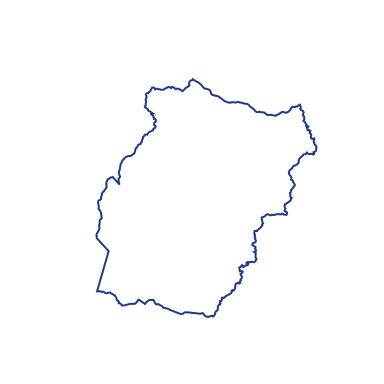 outline of Figueirão, Mato Grosso do Sul, Brazil, rotated 133°
{"feature_id": "56859067B26103695718582", "entity_name": "Figueirão", "entity_type": "district", "adm_level": 2, "iso_a3": "BRA", "parent_name": "Brazil", "parent_adm1": "Mato Grosso do Sul", "projection": "robinson", "projection_center": [-53.923, -18.769], "detail": "fine", "context": "isolated", "style": "outline", "palette": "blue", "viewbox_px": 384, "rotation_deg": 133, "n_neighbors": 0, "source": "geoboundaries", "source_scale": "gbopen_adm2", "svg_char_len": 5999}
<svg xmlns="http://www.w3.org/2000/svg" viewBox="0 0 384 384"><g transform="rotate(133 192 192)"><path d="M136.8,115.6L136.0,115.0L131.3,114.2L130.3,114.4L129.4,115.0L128.3,115.1L128.5,116.2L128.2,117.2L127.0,117.9L126.0,119.7L124.9,119.7L124.0,120.1L123.1,120.9L120.9,120.8L119.8,121.2L117.4,121.2L116.5,121.9L115.8,124.7L115.1,125.9L114.9,126.9L115.4,127.9L113.8,129.0L113.2,130.0L112.9,132.5L112.4,133.5L111.0,135.1L108.8,135.4L106.8,134.9L104.7,135.5L103.3,135.4L102.2,134.6L98.8,133.8L97.9,134.0L96.0,135.6L94.9,136.1L90.5,136.1L89.5,135.8L88.4,136.0L86.6,134.7L84.8,134.9L84.9,133.9L84.3,131.9L82.1,130.3L81.9,128.8L80.8,128.6L80.2,129.4L79.9,130.2L78.2,129.5L77.0,129.5L75.8,130.6L74.9,131.0L73.5,133.1L73.5,134.8L73.0,136.0L72.0,137.5L70.0,138.4L69.5,139.2L70.2,139.9L71.0,140.1L71.5,141.3L70.9,142.6L69.0,143.6L68.5,144.5L68.7,145.6L68.4,146.5L66.5,147.1L66.6,148.2L67.7,149.3L67.8,150.2L66.9,151.0L64.8,151.5L65.2,152.4L66.2,152.7L65.7,153.8L64.7,154.1L63.8,157.6L64.1,158.9L61.9,159.7L60.8,160.9L60.2,162.2L60.1,163.4L59.2,164.0L58.5,164.1L57.6,164.7L57.1,165.7L57.1,166.8L57.6,167.9L57.7,168.9L57.3,169.6L56.5,169.6L55.7,170.4L54.6,172.7L55.9,173.2L57.6,173.3L58.7,174.5L59.8,174.7L61.1,176.5L62.0,176.8L63.3,176.7L64.2,176.1L67.2,176.3L68.3,176.4L69.0,177.0L69.9,177.2L71.6,180.4L72.3,181.0L73.2,180.8L74.3,181.4L75.9,181.6L78.0,182.7L78.8,182.5L80.0,184.0L81.8,187.1L83.9,188.7L84.6,191.6L84.6,193.4L86.8,196.2L87.5,197.7L88.6,198.2L89.4,199.0L89.7,200.8L89.3,203.8L89.9,208.4L89.6,210.0L89.9,211.5L91.0,213.3L91.8,214.2L92.6,216.4L93.9,217.9L94.5,219.5L97.0,221.3L98.9,223.9L100.6,224.9L102.1,226.9L102.3,227.8L103.2,229.8L103.9,236.5L104.5,238.9L105.3,239.9L107.1,243.5L107.1,244.8L105.6,247.5L105.4,248.8L106.3,251.2L107.7,253.4L107.9,254.9L107.3,258.2L107.5,261.1L107.6,262.3L108.2,263.9L109.0,268.3L109.7,268.0L111.3,268.9L112.4,269.1L113.5,268.9L115.3,267.5L115.7,266.6L117.9,266.8L120.0,267.5L124.7,267.7L125.0,268.7L124.9,269.6L125.4,270.6L125.4,271.9L126.1,272.9L127.1,273.7L127.9,274.0L127.9,276.3L128.4,277.6L129.2,278.5L130.1,278.1L131.1,280.6L131.7,281.2L133.6,281.7L134.6,282.2L135.8,282.2L137.0,283.0L138.7,284.8L138.9,285.8L139.6,286.4L140.7,288.5L142.1,288.9L141.6,290.2L141.8,291.4L142.8,292.4L144.0,292.0L145.3,292.0L146.2,291.3L148.2,291.6L149.1,291.4L150.8,292.4L151.7,292.3L152.5,291.8L153.0,290.7L154.3,289.3L155.1,289.4L156.0,288.9L156.8,288.1L157.2,287.1L158.6,286.4L160.4,284.8L161.6,284.9L162.1,284.0L161.6,280.8L162.4,279.0L161.8,277.6L161.3,274.6L162.0,275.4L162.9,275.1L162.7,272.8L162.9,272.0L163.6,271.2L163.8,270.3L164.5,269.7L163.9,268.8L163.8,268.0L165.2,266.5L166.3,266.8L168.5,266.1L168.8,264.8L168.6,263.6L169.3,263.0L170.4,262.8L172.2,263.3L173.2,262.6L175.9,263.5L177.0,264.1L179.5,264.2L180.6,263.8L181.2,264.8L182.3,265.5L183.7,265.2L185.2,265.4L186.4,264.4L187.6,264.2L189.1,263.1L190.6,263.0L192.0,262.3L194.0,263.5L195.0,263.4L195.9,262.9L197.1,262.7L198.1,262.9L198.9,262.7L202.2,260.8L203.1,260.7L206.7,261.1L207.6,261.6L209.1,263.0L210.4,263.8L213.0,264.6L214.1,264.2L215.3,264.5L216.2,264.2L217.1,264.3L219.4,263.2L220.4,263.2L225.0,260.0L226.3,259.7L228.2,258.4L229.7,255.2L231.2,254.7L232.0,254.8L232.7,254.5L234.5,252.6L236.0,250.1L235.1,260.3L236.2,260.7L237.1,261.5L238.5,261.6L240.3,262.3L242.1,261.4L243.0,261.3L244.5,260.4L245.7,258.7L247.1,257.6L250.2,257.2L251.8,256.7L252.6,257.2L254.4,256.8L258.2,254.6L259.3,253.7L260.0,253.7L262.1,254.5L263.2,254.0L264.1,253.2L265.8,250.5L268.0,248.9L268.2,248.1L268.2,247.1L268.6,245.7L269.9,243.5L271.9,241.4L272.5,240.2L273.4,240.0L274.5,240.3L275.4,240.2L277.3,238.8L278.3,237.7L279.8,237.2L281.7,234.8L283.6,234.0L287.9,233.0L288.7,232.5L289.3,231.5L290.7,230.3L292.1,212.6L329.4,193.7L327.2,191.4L326.9,190.2L325.5,189.1L325.1,187.8L325.0,186.3L324.3,185.5L322.0,184.0L321.4,183.3L321.4,182.4L320.3,177.9L321.1,175.0L322.3,173.0L321.9,171.4L322.3,170.2L323.3,169.7L322.5,168.4L322.6,165.5L320.0,163.3L319.1,163.0L317.7,161.9L316.5,161.4L313.5,158.3L312.3,157.4L310.1,157.3L307.9,157.7L307.0,157.5L305.9,150.0L303.8,150.3L300.0,149.6L297.3,146.7L298.5,142.7L298.6,141.4L297.5,140.7L296.8,139.9L296.7,138.6L295.9,136.3L296.0,135.1L296.3,134.2L295.2,132.7L294.9,131.7L294.0,130.4L293.4,128.9L293.4,128.0L288.9,117.0L287.2,115.6L285.2,115.3L284.4,114.7L283.6,113.7L282.8,112.9L275.3,102.8L273.7,102.0L273.2,101.2L273.6,99.2L273.7,97.4L273.1,96.1L271.9,94.6L270.5,94.0L268.8,92.9L268.7,91.6L266.4,91.6L264.4,92.7L263.1,93.1L261.1,92.7L259.2,93.9L258.3,94.9L255.7,95.5L255.0,94.8L254.0,95.3L253.5,96.5L252.7,97.1L251.8,96.3L250.5,96.6L249.9,97.6L248.8,97.9L248.1,97.4L247.8,96.4L244.8,96.3L244.1,95.8L241.8,95.2L240.9,94.6L240.2,94.7L239.3,94.5L238.3,94.9L237.0,94.8L236.9,95.6L236.0,95.3L235.1,94.3L233.6,94.6L231.6,95.8L231.1,96.6L230.2,97.0L229.1,97.3L228.0,96.9L226.9,95.3L226.1,94.9L226.2,95.8L225.4,95.5L224.7,96.0L223.4,95.9L222.7,96.9L221.0,96.9L220.0,97.5L219.2,100.1L218.8,100.7L217.7,100.3L216.3,100.3L215.6,101.0L216.6,102.5L217.3,103.0L215.5,105.4L214.8,106.0L214.0,105.4L211.2,105.4L211.3,104.1L211.8,103.3L210.8,102.9L209.8,102.9L208.8,102.6L207.7,101.4L206.3,101.8L206.7,103.8L205.4,103.7L204.0,101.9L202.1,100.5L201.3,99.2L199.5,98.3L198.3,98.9L197.1,99.0L196.4,101.0L194.5,102.8L193.3,103.5L193.4,105.8L191.5,105.0L190.6,106.1L190.4,107.2L189.4,107.5L188.8,108.3L189.3,109.3L189.6,111.6L188.9,112.3L187.8,112.5L186.9,111.8L186.0,111.6L184.9,111.6L184.0,112.0L183.4,113.9L182.4,114.3L182.1,115.4L181.4,116.2L180.3,116.6L180.1,117.8L179.3,118.7L177.9,119.6L176.9,118.8L176.2,117.8L174.9,118.1L172.2,117.6L168.5,117.8L167.8,118.7L166.5,118.6L166.0,119.9L163.8,123.0L162.9,123.6L162.0,123.0L159.8,122.1L158.3,122.2L157.2,121.9L156.4,121.2L155.8,119.0L155.2,118.4L154.2,118.1L153.7,117.1L152.7,116.5L152.2,115.8L150.6,115.0L148.9,113.4L148.4,112.4L147.2,111.4L146.0,110.8L145.9,109.4L144.4,107.4L143.2,107.5L142.4,108.3L142.1,109.3L142.8,110.6L142.5,111.5L141.6,112.1L140.5,112.3L139.3,114.6L138.1,115.4L136.8,115.6Z" fill="none" stroke="#1e3a8a" stroke-width="2"/></g></svg>